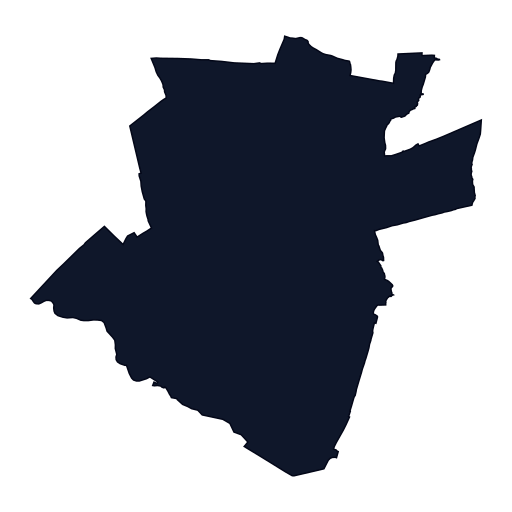 outline of Buhusi, Neamt, Romania
{"feature_id": "2599482B92541433330507", "entity_name": "Buhusi", "entity_type": "district", "adm_level": 2, "iso_a3": "ROU", "parent_name": "Romania", "parent_adm1": "Neamt", "projection": "natural_earth1", "projection_center": [26.718, 46.731], "detail": "fine", "context": "isolated", "style": "filled", "palette": "ink", "viewbox_px": 512, "rotation_deg": 0, "n_neighbors": 0, "source": "geoboundaries", "source_scale": "gbopen_adm2", "svg_char_len": 5970}
<svg xmlns="http://www.w3.org/2000/svg" viewBox="0 0 512 512"><path d="M336.5,457.7L338.2,451.6L337.0,451.0L336.0,449.9L333.5,449.2L334.3,446.5L336.3,442.5L343.3,430.1L346.1,424.5L349.5,417.0L348.5,416.5L349.0,415.3L350.3,411.3L349.9,411.1L351.4,406.3L353.8,397.9L354.4,396.4L355.1,395.6L356.0,391.8L356.4,389.4L359.1,380.2L361.4,372.7L362.3,369.2L364.4,363.2L365.1,360.4L365.8,358.6L368.0,351.2L368.9,347.9L369.4,345.0L369.6,344.0L370.8,340.5L371.0,339.2L372.9,332.8L372.6,331.0L372.9,329.0L374.4,322.8L375.9,323.3L377.5,317.0L377.4,316.4L377.0,315.9L375.1,314.7L374.2,314.4L373.6,314.0L373.3,313.2L373.4,312.0L373.7,310.8L374.2,309.6L375.3,307.9L377.1,305.5L377.8,305.1L378.9,305.0L379.6,305.1L385.7,304.9L385.7,303.1L385.9,302.4L385.7,301.5L386.1,300.2L387.5,297.9L388.5,297.1L388.6,296.6L388.8,296.5L389.0,296.7L389.6,296.2L390.5,295.9L390.6,296.4L391.1,296.4L392.1,295.3L393.3,294.9L391.8,293.9L391.6,293.4L391.8,292.4L391.4,291.9L391.0,289.5L391.0,288.4L391.3,287.8L392.6,286.4L392.7,285.6L392.2,284.7L388.6,281.3L387.1,280.4L386.0,280.0L385.5,279.6L384.6,279.4L384.4,278.8L384.9,277.3L384.9,276.1L384.5,274.8L384.4,273.9L384.1,273.2L383.7,272.9L383.1,272.1L382.6,270.1L381.6,267.9L380.8,267.5L380.8,266.7L380.9,265.9L378.4,262.2L377.2,261.4L378.5,260.3L379.9,259.7L380.7,259.6L381.6,259.9L382.9,260.7L383.6,260.5L383.5,257.3L382.9,255.5L382.5,253.1L381.9,252.2L380.5,250.6L380.0,249.5L378.9,246.0L378.2,244.8L377.7,240.3L376.7,237.7L375.3,234.6L374.8,232.4L374.5,230.6L375.2,230.7L376.1,230.6L379.1,229.4L386.5,227.6L392.1,225.7L397.3,224.8L403.3,223.0L406.0,222.6L409.2,221.5L414.9,220.1L423.6,217.6L432.2,215.2L435.0,214.7L438.4,213.7L442.0,212.9L444.4,212.0L446.9,211.6L451.2,210.6L453.3,209.8L455.6,209.3L456.6,208.6L471.9,205.2L472.3,203.4L472.7,202.2L473.6,200.9L475.0,198.5L474.9,197.7L474.9,196.6L475.2,195.6L474.3,192.3L474.3,191.1L474.1,188.6L474.1,187.4L474.0,186.8L472.9,185.0L472.6,184.2L472.4,181.1L472.7,179.7L472.8,179.3L472.2,178.3L471.8,177.8L471.8,177.2L471.7,176.5L471.1,175.0L471.2,173.6L471.4,172.6L471.8,171.3L471.7,170.9L471.2,170.0L471.2,169.8L471.4,169.4L471.4,168.9L471.1,167.8L471.4,166.2L471.7,165.4L472.1,164.5L471.7,163.3L472.0,161.5L472.5,160.0L472.8,157.3L474.4,153.0L475.3,150.1L476.9,143.8L478.9,138.4L480.3,134.1L480.6,130.7L481.3,120.0L443.6,136.3L436.2,139.3L428.9,141.9L425.5,143.4L419.1,146.0L418.0,143.9L416.0,145.0L413.9,146.9L412.8,147.8L410.3,149.2L403.9,151.5L403.5,151.1L402.5,151.4L402.3,152.2L395.3,154.6L391.4,155.8L386.7,155.8L384.6,156.0L384.4,153.5L384.2,152.1L384.8,150.4L385.4,149.3L385.6,148.4L385.5,145.3L384.8,142.8L384.1,137.7L384.4,131.6L384.5,130.7L385.6,128.1L386.6,126.2L386.9,125.2L388.6,123.5L389.2,122.6L389.8,121.2L390.7,120.1L390.7,119.4L391.0,118.9L393.6,118.1L395.5,117.0L399.5,116.3L400.2,116.4L401.1,117.2L401.7,117.2L402.8,116.7L404.0,116.4L405.2,115.8L405.8,115.0L407.0,114.1L407.6,113.4L408.4,113.4L408.8,113.1L408.9,112.6L409.1,111.7L410.1,110.4L410.4,110.2L412.6,109.3L413.1,108.9L414.8,108.5L414.9,108.2L414.5,107.5L414.8,107.1L416.2,106.4L416.4,106.1L416.5,105.5L417.2,105.3L417.4,105.0L417.6,103.1L417.1,102.4L417.1,102.0L418.2,101.0L418.7,100.5L418.5,99.0L418.8,97.9L419.5,97.7L420.0,97.3L420.2,96.8L420.2,95.0L423.1,94.4L423.2,94.1L423.0,93.9L421.0,93.9L420.8,93.6L421.2,92.6L421.3,90.3L422.2,86.9L423.2,84.4L425.4,77.0L425.6,74.4L427.3,73.4L428.6,72.3L429.2,71.0L429.8,69.2L430.3,67.2L431.0,66.0L432.5,63.1L433.7,61.3L434.6,60.2L435.2,59.8L438.5,60.0L439.5,59.7L439.4,59.4L437.4,59.1L436.6,58.4L434.7,58.0L434.3,57.7L434.4,55.4L431.8,55.2L421.9,55.6L422.0,52.9L398.0,54.0L397.9,56.2L396.9,59.8L396.2,61.0L395.9,62.5L395.8,68.3L395.8,70.2L395.3,73.2L394.9,73.9L394.3,75.0L393.7,78.1L393.5,83.3L382.1,81.2L379.4,80.9L350.0,75.5L350.7,72.7L351.0,69.9L350.8,67.2L350.5,64.7L350.0,63.7L349.7,62.1L349.4,61.3L349.0,61.1L344.8,60.4L342.7,59.7L337.3,58.3L332.2,56.0L330.7,55.5L325.8,54.6L323.0,53.7L321.1,52.7L316.4,49.7L313.2,48.0L311.1,46.6L308.8,44.3L308.1,42.9L308.1,41.7L307.5,40.8L306.8,40.2L305.1,39.6L302.3,37.9L301.1,37.6L300.1,37.6L295.7,38.6L292.1,38.1L290.0,38.0L287.9,37.2L284.7,36.2L284.2,39.3L280.0,49.1L277.8,54.7L275.1,63.3L267.5,63.2L261.1,63.6L259.6,62.9L253.8,63.7L234.2,62.9L221.4,61.4L210.3,60.6L208.7,59.8L201.3,59.8L191.5,59.0L177.8,58.5L160.8,58.3L156.4,58.0L151.2,58.4L155.0,67.6L156.2,71.7L157.9,75.3L159.9,78.0L161.4,80.6L162.4,82.9L163.1,84.8L163.2,87.1L164.5,89.8L164.6,91.8L166.1,95.5L166.2,97.8L165.5,98.4L163.6,99.5L160.8,101.5L154.4,106.6L147.6,111.8L143.8,115.0L129.8,126.0L139.8,168.3L141.1,173.1L139.1,173.8L139.2,176.0L140.9,181.3L141.2,186.1L142.3,191.8L144.3,199.0L145.8,200.9L145.9,202.1L145.8,205.3L146.2,208.8L146.1,211.6L146.5,213.9L147.0,216.1L148.1,219.5L148.2,220.8L151.5,228.0L146.7,231.2L143.0,233.3L137.1,237.1L134.1,232.7L127.6,236.0L126.0,238.6L123.1,244.5L114.5,236.4L104.4,226.4L95.9,233.7L85.5,242.7L84.0,244.8L79.5,248.4L63.4,264.2L56.9,270.3L30.7,298.5L32.0,299.4L33.3,301.4L34.5,303.0L36.0,303.7L38.8,303.9L41.3,302.8L43.9,301.3L46.1,300.4L48.9,300.4L51.5,301.0L53.4,303.5L54.0,304.9L53.7,308.0L54.1,311.1L55.0,313.3L57.9,315.6L62.9,317.2L67.1,317.9L72.9,317.5L76.5,318.3L80.8,320.2L83.9,320.6L88.2,320.6L93.5,319.9L97.5,320.0L101.5,320.5L104.1,322.5L106.1,327.8L107.1,331.2L112.6,337.2L114.8,340.2L115.4,344.9L115.3,348.5L116.8,354.4L116.0,357.0L116.2,359.7L117.5,361.9L120.2,363.7L124.8,365.3L126.5,365.3L129.3,373.5L131.6,378.0L133.5,380.0L136.5,381.0L139.3,381.0L146.5,378.7L149.9,376.9L157.8,382.0L156.8,383.5L154.0,382.1L152.7,385.5L154.4,385.8L157.4,385.5L160.7,386.0L162.0,387.2L164.0,387.9L164.8,386.9L165.5,387.4L166.6,388.9L168.1,391.4L169.5,394.2L170.9,396.3L171.4,397.6L176.8,398.6L177.3,399.6L182.6,404.4L187.7,406.5L191.7,408.7L197.8,410.2L202.2,414.9L222.8,419.3L229.9,423.4L234.0,432.1L241.2,434.7L247.9,442.0L244.2,446.5L261.0,456.7L285.9,472.1L292.2,475.7L294.0,475.8L319.4,469.9L323.9,468.8L328.3,460.2L330.2,458.3L332.4,457.4L335.4,457.3L336.5,457.7Z" fill="#0f172a" stroke="#020617" stroke-width="1.5"/></svg>